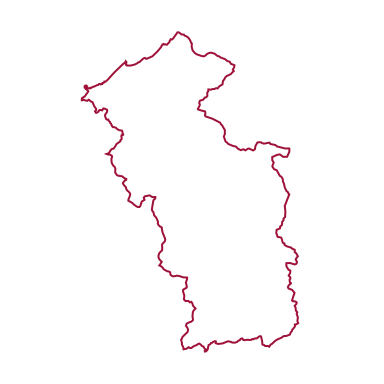 Huaral, Lima, Peru, rotated 96°
{"feature_id": "86281439B90412746256760", "entity_name": "Huaral", "entity_type": "district", "adm_level": 2, "iso_a3": "PER", "parent_name": "Peru", "parent_adm1": "Lima", "projection": "orthographic", "projection_center": [-76.946, -11.358], "detail": "fine", "context": "isolated", "style": "outline", "palette": "rose", "viewbox_px": 384, "rotation_deg": 96, "n_neighbors": 0, "source": "geoboundaries", "source_scale": "gbopen_adm2", "svg_char_len": 5958}
<svg xmlns="http://www.w3.org/2000/svg" viewBox="0 0 384 384"><g transform="rotate(96 192 192)"><path d="M349.3,184.0L348.4,181.0L346.7,179.1L347.4,177.6L347.2,176.4L344.8,173.7L343.9,171.5L342.3,169.8L342.0,169.0L342.7,167.6L344.1,166.0L344.6,164.4L346.6,163.0L347.1,161.9L348.0,161.8L348.8,162.7L349.3,162.5L349.0,161.3L347.1,160.0L342.5,159.5L341.4,157.9L340.2,157.3L339.8,156.1L338.9,155.4L337.9,153.5L338.1,152.7L339.9,152.6L340.4,150.2L339.4,145.7L336.7,140.7L337.0,137.4L337.5,136.4L337.4,133.7L336.4,131.5L335.1,130.5L334.5,129.1L332.9,128.2L332.4,126.6L333.7,125.6L333.9,124.5L333.2,121.7L333.0,117.9L331.9,116.6L332.1,115.6L331.2,114.6L330.8,112.2L328.8,110.3L328.2,108.9L328.5,108.2L332.9,106.7L336.3,106.0L336.8,104.0L337.5,103.4L337.2,100.4L337.8,99.0L335.6,97.9L334.7,96.6L331.7,94.1L329.8,91.8L327.7,88.0L325.8,85.9L325.2,82.9L323.6,79.8L321.7,79.3L320.0,78.2L318.7,78.0L315.6,75.9L314.2,75.5L313.1,75.9L312.6,74.3L311.3,72.7L309.4,73.7L305.6,73.6L302.2,75.2L300.6,74.7L299.1,76.3L295.9,77.0L294.5,78.0L292.1,76.4L290.8,76.4L290.1,77.6L290.0,80.5L289.4,81.2L281.5,79.5L278.8,82.3L277.9,85.9L276.5,86.7L274.6,86.0L272.9,84.2L272.3,84.1L271.9,85.1L269.3,85.8L268.6,85.7L268.0,85.1L267.0,85.2L266.4,85.5L265.1,87.1L262.2,85.9L259.9,86.0L259.1,88.0L256.3,90.1L255.5,90.5L252.9,90.7L252.4,87.2L253.3,82.1L252.6,80.9L251.9,80.4L250.3,80.4L248.4,81.8L246.8,81.3L244.8,80.0L242.0,82.0L241.1,83.5L238.7,83.8L238.0,86.3L236.9,87.7L236.2,91.8L235.0,94.4L233.4,94.8L233.3,95.9L232.6,96.6L228.6,98.1L227.9,98.9L227.7,102.1L224.0,103.9L220.8,103.9L219.0,100.7L217.1,100.7L215.9,99.4L214.2,99.0L212.5,99.3L210.3,98.0L208.9,98.2L207.1,96.8L201.5,97.1L196.1,98.3L184.2,95.0L183.7,95.8L182.3,96.4L181.2,98.1L178.0,100.1L173.9,101.5L172.0,102.7L169.8,103.0L168.6,103.8L167.4,104.9L166.7,106.4L161.5,110.0L160.7,112.8L158.5,114.6L157.7,114.8L154.2,113.8L152.0,115.5L148.9,115.9L146.2,111.3L145.4,108.6L147.5,105.0L147.0,101.1L141.9,99.4L138.7,99.7L138.5,100.1L139.0,103.7L137.8,112.2L136.5,114.2L136.1,119.0L134.8,120.1L136.4,125.5L135.9,127.7L135.4,128.4L135.5,130.5L135.8,131.9L136.1,132.2L139.6,133.7L142.9,133.9L144.3,135.5L142.8,139.9L143.2,141.1L145.0,143.2L144.1,145.3L145.3,147.8L144.3,150.6L142.3,153.0L141.8,156.5L140.4,161.0L139.2,162.2L138.8,163.2L138.1,164.0L133.6,166.1L130.9,165.4L127.0,165.8L122.5,169.1L121.5,170.4L120.1,171.3L117.0,179.3L115.4,186.4L114.5,187.1L112.3,186.9L110.5,187.4L110.0,191.2L109.2,194.7L108.8,194.9L105.2,193.4L104.0,193.4L102.6,194.2L100.4,193.7L99.0,190.5L96.8,189.2L96.4,187.9L95.0,186.8L91.4,187.2L90.0,186.3L88.3,186.5L88.2,183.6L87.4,182.3L87.3,180.6L86.2,178.9L86.3,177.3L84.0,175.9L81.8,172.9L78.3,172.8L76.5,171.6L74.9,171.1L72.8,169.5L72.6,168.7L70.4,165.4L68.9,164.5L67.4,163.1L66.0,164.2L63.5,163.1L61.5,163.0L60.4,166.8L58.5,168.1L58.1,170.5L56.5,172.9L55.1,178.0L54.3,178.9L54.1,180.8L52.1,183.9L51.5,187.0L51.5,188.0L52.1,189.8L53.0,191.3L55.1,193.1L55.9,194.6L55.7,196.8L54.6,201.6L53.3,203.9L51.1,206.2L47.5,207.5L44.2,207.7L43.6,208.6L41.6,209.5L38.9,211.8L37.8,213.7L37.2,215.8L36.3,216.5L36.4,219.0L34.7,221.5L34.7,223.1L41.1,226.7L42.3,227.6L42.3,229.0L42.7,228.9L43.6,229.9L45.2,230.1L48.2,232.4L47.9,234.0L48.3,235.1L47.7,235.7L48.4,236.8L51.6,238.2L56.0,241.2L61.2,245.6L64.3,251.1L64.3,251.7L63.6,252.7L64.2,254.2L68.4,258.0L68.6,258.9L69.4,259.6L71.1,262.0L72.7,266.3L73.0,269.8L72.8,270.6L72.2,271.0L71.6,270.7L70.8,271.6L69.6,270.8L68.9,271.6L69.8,271.8L72.2,274.2L81.4,281.9L89.1,287.5L91.4,289.6L91.3,290.7L92.4,291.0L92.9,292.2L93.2,292.0L94.1,292.6L94.1,293.6L94.6,294.2L94.2,295.1L94.4,295.9L95.3,296.5L95.8,297.9L97.3,300.1L97.5,301.1L99.5,304.0L99.1,304.2L99.7,305.5L99.4,307.3L98.6,307.9L97.8,307.4L97.1,308.4L97.4,309.3L98.1,309.9L99.4,309.7L101.1,307.8L102.1,306.0L102.9,305.7L108.2,308.7L110.1,311.2L111.9,311.3L112.3,311.2L112.2,310.7L111.5,309.4L111.9,308.6L112.3,305.7L111.0,304.3L112.7,301.7L113.0,300.4L117.0,298.1L119.5,295.9L120.8,296.0L121.8,296.9L123.3,295.8L123.1,294.8L121.8,293.4L120.7,293.1L120.2,292.5L120.0,291.7L120.2,289.8L118.2,289.0L118.1,288.3L119.0,285.2L119.8,284.8L121.3,284.9L124.0,286.4L125.2,286.5L128.2,285.2L128.8,284.5L128.7,282.8L129.6,282.6L131.1,280.7L132.1,280.5L132.6,279.6L134.9,278.4L135.8,277.4L135.6,276.5L136.1,274.3L137.2,273.1L138.1,270.9L138.3,268.0L139.5,267.4L140.8,267.3L141.9,266.4L142.7,266.7L142.9,268.0L144.0,268.1L146.0,267.5L147.1,267.7L148.0,268.6L149.1,268.6L152.2,272.1L155.1,273.3L157.2,274.6L157.3,275.9L158.7,277.1L162.1,278.8L163.1,280.9L163.5,279.4L163.4,277.4L164.3,275.6L165.3,275.1L167.5,275.6L171.2,275.0L173.9,273.2L175.2,271.5L176.7,270.7L180.7,270.4L183.0,268.5L183.5,267.2L183.7,263.0L185.3,260.7L185.9,258.7L186.8,258.7L187.7,260.1L190.0,261.6L190.6,261.6L192.5,260.2L194.2,258.2L195.7,257.8L197.2,256.7L198.4,254.9L200.0,253.4L201.8,253.2L205.9,254.4L207.3,254.4L209.1,250.3L210.8,248.1L212.2,245.5L212.6,244.1L212.4,242.7L211.5,242.0L206.8,241.0L204.7,238.4L202.7,239.4L201.3,238.5L199.9,234.4L199.9,233.5L201.2,230.9L200.9,227.9L202.4,227.9L203.6,229.1L204.8,229.6L213.6,230.1L215.2,229.3L216.0,228.3L219.2,227.2L220.9,225.2L223.1,223.8L225.4,222.6L226.7,222.8L228.2,222.0L229.6,220.5L229.7,219.6L230.7,218.2L231.3,218.3L235.4,217.0L240.8,214.1L242.3,213.6L244.2,214.0L246.2,215.7L247.5,216.3L251.2,215.7L253.2,215.7L255.9,218.0L258.7,218.7L260.2,218.6L262.4,217.4L264.6,214.8L268.5,216.8L268.7,215.7L270.3,213.2L271.8,212.1L273.4,208.4L273.5,206.7L274.1,205.4L276.6,204.7L277.7,202.9L277.8,201.3L276.8,198.3L276.9,195.9L277.8,191.6L277.6,187.9L279.0,187.8L282.7,188.6L286.9,187.2L287.7,187.4L290.1,190.6L292.2,190.4L295.8,188.8L299.7,188.8L301.2,186.9L300.7,184.2L302.0,182.6L301.3,181.2L302.4,180.2L305.1,179.0L307.5,176.3L309.7,178.0L311.5,178.6L315.8,178.5L318.5,177.7L319.5,177.7L321.2,179.4L321.7,180.8L323.5,183.6L325.8,184.0L327.5,182.4L329.3,181.5L331.7,181.8L337.1,186.3L339.5,186.9L340.3,187.4L342.9,186.3L344.9,186.0L347.4,184.4L349.3,184.0Z" fill="none" stroke="#9f1239" stroke-width="2"/></g></svg>